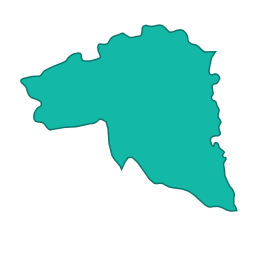 SVG path tracing the border of Sa Kaeo, rotated 81°
{"feature_id": "THA-433", "entity_name": "Sa Kaeo", "entity_type": "Province", "adm_level": 1, "iso_a3": "THA", "parent_name": "Thailand", "parent_adm1": "", "projection": "albers", "projection_center": [102.297, 13.672], "detail": "fine", "context": "isolated", "style": "filled", "palette": "teal", "viewbox_px": 256, "rotation_deg": 81, "n_neighbors": 0, "source": "natural_earth", "source_scale": "10m", "svg_char_len": 3789}
<svg xmlns="http://www.w3.org/2000/svg" viewBox="0 0 256 256"><g transform="rotate(81 128 128)"><path d="M226.5,33.4L226.4,36.0L226.0,39.7L224.7,42.8L220.8,48.4L219.5,51.4L218.9,55.8L219.0,58.7L218.3,61.1L215.6,64.3L204.9,72.8L200.3,77.4L196.9,83.5L193.7,93.9L192.2,97.3L188.9,101.5L188.0,103.1L187.6,105.0L187.3,109.0L186.6,110.8L182.2,114.6L163.5,123.8L157.5,128.5L157.3,132.5L161.3,136.5L167.8,140.8L164.4,141.7L155.7,146.9L152.1,148.1L140.7,149.1L125.6,147.8L118.4,148.6L114.9,153.2L115.1,155.2L117.1,158.4L117.8,160.2L118.0,161.7L117.9,164.0L117.8,164.5L118.6,179.0L117.4,190.6L117.6,204.1L117.8,204.6L117.6,205.1L117.3,205.7L116.9,206.2L116.0,207.1L115.0,207.8L114.5,208.1L112.7,208.9L111.6,209.5L110.6,210.2L109.7,211.1L109.3,211.6L108.7,212.8L107.8,216.3L107.2,217.6L106.8,218.1L106.4,218.5L105.9,218.8L105.3,219.1L104.6,219.3L102.6,219.3L100.5,218.9L98.5,218.0L95.7,215.9L94.6,214.7L93.9,213.8L92.9,211.2L92.5,210.5L91.7,210.0L90.0,209.8L89.0,209.9L88.3,210.2L87.8,210.6L87.0,211.5L85.5,213.6L83.1,218.2L82.7,218.7L82.2,219.1L81.2,220.0L80.1,220.6L77.5,221.5L72.9,222.0L71.7,222.4L69.5,223.6L68.1,224.9L66.5,226.0L65.9,226.3L65.3,226.4L64.5,226.3L63.6,225.9L63.1,224.6L62.7,222.7L62.1,214.7L62.9,208.1L62.9,207.4L62.7,206.4L62.1,205.4L59.1,202.6L58.0,200.3L55.6,192.4L53.2,181.9L52.2,178.9L49.7,176.4L47.7,173.5L46.8,171.6L46.3,169.6L46.2,167.0L46.2,165.5L46.4,164.5L46.7,163.9L47.1,163.4L47.6,163.1L48.2,162.9L50.5,163.0L52.0,162.9L52.7,162.7L53.9,162.3L54.6,161.4L55.2,159.9L55.8,155.5L55.7,152.5L55.1,147.7L54.6,145.6L54.1,144.4L53.5,144.0L52.8,144.0L47.2,145.3L45.5,145.3L43.9,145.2L43.0,145.0L42.1,144.7L41.1,144.0L40.7,143.3L40.6,142.5L41.0,141.3L41.2,140.7L41.5,139.7L41.8,138.6L41.9,136.6L41.6,135.5L41.3,134.7L40.9,134.2L39.4,133.1L38.9,132.7L37.3,131.3L36.0,129.7L35.3,127.8L33.5,118.2L37.0,114.5L38.8,112.0L39.4,109.4L39.0,105.9L39.1,101.8L38.3,100.3L36.3,99.4L31.1,98.1L29.7,96.3L29.5,93.9L30.8,91.3L31.4,88.6L31.4,85.7L31.2,83.5L31.3,80.7L32.3,77.9L35.1,75.5L37.5,73.9L40.0,71.8L40.1,68.8L39.2,64.3L39.2,61.0L40.3,58.3L43.7,55.9L46.1,55.1L48.5,54.9L50.7,55.2L52.8,54.3L54.9,52.3L56.7,47.7L59.6,44.9L61.8,43.4L63.8,41.7L65.0,40.1L66.4,29.6L70.7,33.7L72.6,34.9L82.2,38.5L83.9,39.0L85.2,39.2L86.1,39.1L86.8,39.0L87.4,38.8L87.9,38.4L88.3,37.9L88.5,37.3L88.6,36.6L88.2,33.7L88.3,33.0L88.5,32.4L89.2,31.4L89.9,30.8L90.7,30.3L92.3,29.7L93.3,29.7L94.0,29.9L95.4,31.2L96.9,32.3L97.3,32.8L97.7,33.3L97.9,33.8L97.9,34.6L97.9,35.3L97.9,36.1L98.3,36.9L99.3,38.0L100.2,38.5L101.1,38.6L107.2,38.5L108.2,38.9L109.0,39.6L109.8,40.4L110.5,40.7L111.3,40.8L112.1,40.8L112.8,40.6L113.4,40.3L113.8,39.9L114.2,39.4L114.8,38.2L115.2,37.7L115.7,37.3L116.4,37.0L119.2,36.7L119.9,36.6L123.8,35.3L124.7,35.3L125.8,35.6L129.1,36.9L130.4,37.2L131.4,37.3L132.1,37.1L133.7,36.1L135.4,35.5L136.5,35.4L137.3,35.6L137.8,35.9L138.2,36.4L138.9,36.9L139.8,37.5L141.5,38.2L142.6,38.4L146.8,37.7L147.9,37.7L148.6,38.0L149.3,39.0L149.5,39.4L149.7,39.8L149.7,41.0L149.4,42.7L149.5,44.8L149.7,45.7L150.0,46.3L150.4,47.1L151.2,48.0L152.0,48.3L152.8,48.5L153.7,48.5L156.7,48.2L157.4,48.0L158.1,47.8L158.7,47.5L159.2,47.1L159.4,46.6L159.2,46.2L158.7,45.8L157.4,45.4L156.7,45.1L156.3,44.6L156.2,44.0L156.3,43.3L156.6,42.6L156.9,42.1L157.4,41.8L158.0,41.5L158.8,41.4L159.5,41.3L160.3,41.2L161.5,40.8L162.1,40.5L163.2,39.9L163.7,39.5L165.5,37.6L167.0,36.7L168.4,37.7L169.3,38.7L169.8,39.0L170.5,39.0L171.4,38.4L172.0,37.8L172.3,37.1L172.5,36.4L173.0,36.0L173.7,36.0L174.7,36.5L175.3,37.1L176.3,38.0L177.3,38.8L177.9,39.1L179.1,39.3L184.7,39.3L189.3,39.8L191.0,39.6L198.9,37.6L202.6,36.1L203.1,35.6L203.5,35.1L204.2,34.8L206.1,34.1L208.9,33.4L210.2,33.4L212.0,33.8L213.8,34.5L217.4,35.0L218.3,35.3L219.3,35.4L220.9,35.1L222.8,34.1L226.4,33.4L226.5,33.4Z" fill="#14b8a6" stroke="#0f766e" stroke-width="1.5"/></g></svg>